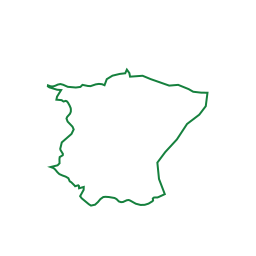 the border of Yomou, rotated 61°
{"feature_id": "GIN-5659", "entity_name": "Yomou", "entity_type": "Prefecture", "adm_level": 1, "iso_a3": "GIN", "parent_name": "Guinea", "parent_adm1": "", "projection": "albers", "projection_center": [-9.126, 7.622], "detail": "fine", "context": "isolated", "style": "outline", "palette": "green", "viewbox_px": 256, "rotation_deg": 61, "n_neighbors": 0, "source": "natural_earth", "source_scale": "10m", "svg_char_len": 1557}
<svg xmlns="http://www.w3.org/2000/svg" viewBox="0 0 256 256"><g transform="rotate(61 128 128)"><path d="M52.7,177.9L51.9,177.3L54.1,175.4L55.3,173.4L55.8,171.0L56.0,168.3L56.8,165.8L58.7,163.8L62.8,160.7L67.3,154.0L69.0,149.7L68.2,146.9L71.8,142.7L73.2,140.5L74.2,135.1L75.3,132.1L77.1,129.5L79.2,127.8L75.0,122.9L74.7,116.2L76.7,109.0L78.8,103.9L76.4,100.7L80.6,100.2L84.1,101.3L89.4,89.9L96.2,84.5L110.9,71.4L114.6,63.2L123.4,56.1L127.9,53.4L132.4,47.1L135.7,41.4L146.6,49.4L150.9,59.2L153.1,74.4L161.7,90.8L167.1,107.1L172.5,119.1L187.6,125.6L203.7,127.9L203.2,134.8L203.0,136.0L201.8,138.1L201.4,139.2L201.7,140.5L202.5,140.8L203.4,141.1L203.9,142.0L204.1,146.7L203.3,150.6L201.4,154.3L198.0,157.9L192.5,161.3L191.3,162.3L190.6,164.1L190.3,168.2L189.5,170.0L187.8,171.6L184.6,172.5L182.7,173.7L179.1,178.2L177.3,181.0L176.4,183.1L176.8,186.6L178.2,190.2L179.1,194.0L177.9,198.0L175.7,199.2L167.0,202.6L164.4,202.9L160.6,196.8L158.1,195.3L157.0,200.0L154.9,199.0L154.0,199.3L153.3,202.5L152.5,202.6L148.0,203.9L146.4,204.8L143.0,204.5L140.3,206.1L137.8,208.3L135.0,210.4L132.4,211.2L129.6,211.7L128.4,212.0L126.9,212.6L124.6,214.6L126.5,207.7L125.7,205.0L121.9,203.0L120.3,201.8L120.2,198.3L119.1,197.5L114.6,197.7L113.4,197.4L108.5,192.9L105.8,180.3L102.9,176.2L99.9,175.9L93.1,177.7L89.9,177.2L88.8,175.8L87.4,171.8L86.0,170.1L84.3,169.1L82.9,168.5L80.1,168.2L76.7,168.2L74.9,168.6L74.1,169.3L73.6,171.5L72.6,172.1L71.5,172.5L68.5,176.9L66.2,174.9L62.4,168.1L60.1,171.5L54.3,177.1L52.7,177.9Z" fill="none" stroke="#15803d" stroke-width="2"/></g></svg>